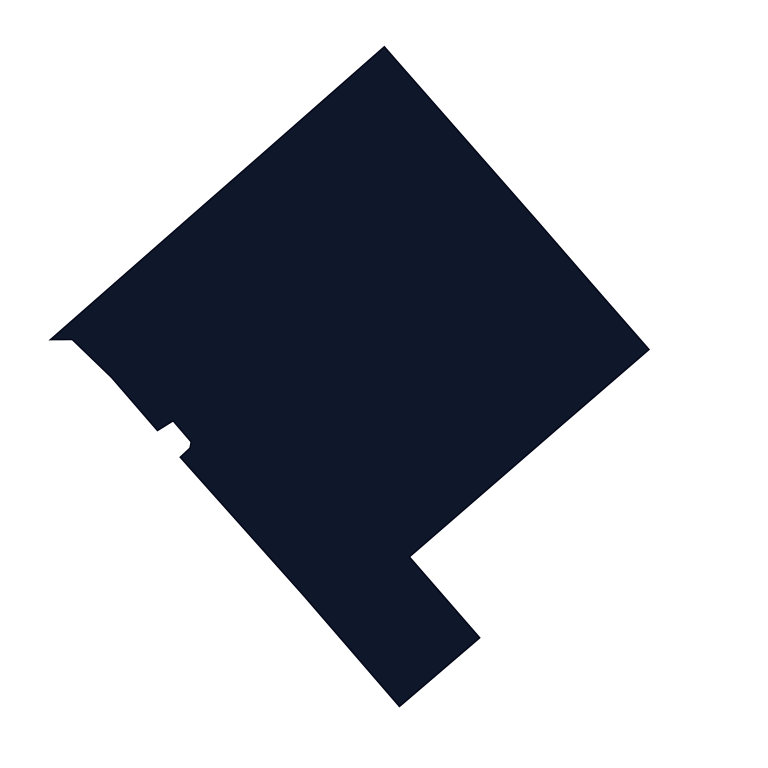 outline of Lincoln, Mississippi, United States of America, rotated 229°
{"feature_id": "52423323B79314410482452", "entity_name": "Lincoln", "entity_type": "district", "adm_level": 2, "iso_a3": "USA", "parent_name": "United States of America", "parent_adm1": "Mississippi", "projection": "orthographic", "projection_center": [-90.415, 31.533], "detail": "fine", "context": "isolated", "style": "filled", "palette": "ink", "viewbox_px": 768, "rotation_deg": 229, "n_neighbors": 0, "source": "geoboundaries", "source_scale": "gbopen_adm2", "svg_char_len": 447}
<svg xmlns="http://www.w3.org/2000/svg" viewBox="0 0 768 768"><g transform="rotate(229 384 384)"><path d="M621.2,605.5L638.3,605.5L637.4,439.0L637.2,365.5L637.1,340.1L636.3,163.1L636.3,161.4L622.1,177.9L567.5,182.7L497.5,182.5L494.6,200.7L466.8,200.5L462.9,195.6L462.4,182.2L277.4,184.6L130.5,184.1L129.7,289.7L236.9,289.7L236.6,491.3L236.2,606.6L324.1,606.4L405.2,606.5L621.2,605.5Z" fill="#0f172a" stroke="#020617" stroke-width="1.5"/></g></svg>